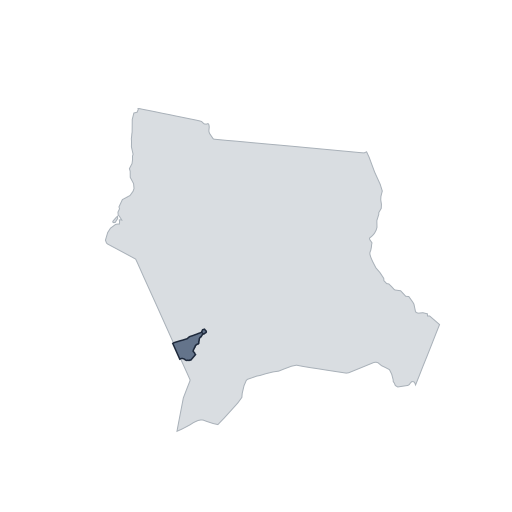 Wajir East, North-Eastern, Kenya shown in context, rotated 156°
{"feature_id": "3690345B87307909258611", "entity_name": "Wajir East", "entity_type": "district", "adm_level": 2, "iso_a3": "KEN", "parent_name": "Kenya", "parent_adm1": "North-Eastern", "projection": "albers", "projection_center": [40.38, 2.006], "detail": "fine", "context": "in_parent", "style": "filled", "palette": "slate", "viewbox_px": 512, "rotation_deg": 156, "n_neighbors": 0, "source": "geoboundaries", "source_scale": "gbopen_adm2", "svg_char_len": 5964}
<svg xmlns="http://www.w3.org/2000/svg" viewBox="0 0 512 512"><g transform="rotate(156 256 256)"><path d="M112.6,306.2L112.5,300.1L113.5,284.5L113.4,270.9L114.2,264.0L117.6,259.7L119.2,256.6L120.4,252.2L122.2,248.6L126.2,245.7L126.9,244.1L131.2,239.2L133.8,233.0L135.7,230.8L138.1,228.9L139.8,227.9L142.6,226.8L144.8,226.3L145.2,225.8L145.4,224.7L144.7,220.8L145.6,219.6L147.1,217.0L148.8,214.6L150.4,213.0L151.2,211.5L151.6,208.7L151.7,206.8L151.7,203.6L151.3,196.4L149.5,190.4L148.4,183.6L149.2,181.4L147.8,177.5L147.1,177.2L146.0,176.4L144.5,172.6L143.4,169.2L142.8,168.4L138.0,165.4L135.6,158.3L132.9,156.8L131.5,149.8L131.3,147.8L132.8,140.9L132.7,139.3L131.1,137.8L126.6,136.3L122.9,133.4L123.4,132.4L123.7,131.4L121.8,130.6L116.2,118.7L123.5,111.6L130.8,104.4L140.1,95.3L148.7,87.0L156.1,79.7L162.7,73.3L162.6,74.5L162.6,76.2L163.4,77.2L164.7,77.9L166.6,77.2L168.3,76.2L169.9,76.0L179.8,78.7L181.4,81.0L181.3,83.6L181.7,85.4L181.0,87.3L180.1,92.8L180.3,97.9L183.3,101.7L185.9,104.7L188.0,108.9L189.6,110.2L191.7,110.8L198.5,111.0L208.6,111.3L218.3,111.6L219.1,111.7L221.2,112.3L230.1,118.0L238.2,123.2L245.1,127.7L251.9,132.0L258.4,136.3L263.4,139.8L268.4,140.9L276.5,141.4L282.1,141.6L287.3,143.1L295.0,144.5L300.8,145.2L304.2,146.0L313.9,146.8L315.5,146.3L319.7,142.4L324.5,136.1L326.4,132.6L332.5,129.1L343.3,124.3L351.0,120.9L359.4,117.5L363.3,120.4L368.6,125.2L371.0,127.6L372.9,128.6L375.8,129.3L379.3,129.3L381.2,129.2L385.1,128.6L394.3,128.0L399.5,128.0L395.1,134.4L389.8,142.0L380.1,155.9L372.7,163.3L367.1,168.8L366.6,169.8L366.6,176.0L366.7,191.2L366.8,221.4L366.9,251.7L367.1,281.9L367.1,297.0L367.2,302.1L372.1,308.5L376.9,314.7L383.3,322.9L386.7,327.3L387.3,328.7L387.1,331.7L381.9,337.8L377.6,340.6L371.8,341.9L370.1,341.7L367.8,340.8L366.9,342.3L366.2,344.6L365.0,344.1L364.0,343.4L364.6,347.5L365.2,349.5L364.3,352.2L361.5,354.6L361.2,356.6L355.1,361.9L346.5,362.5L342.0,365.1L340.0,367.2L338.4,371.9L338.9,379.0L336.5,384.5L336.1,387.3L331.6,390.9L329.6,394.2L328.2,397.5L326.9,398.9L325.4,406.4L323.3,410.9L322.7,412.4L322.2,413.8L320.6,416.5L319.6,418.3L318.8,419.5L313.5,431.1L309.4,436.3L306.2,435.7L304.0,437.7L303.8,438.7L302.7,438.2L300.0,436.2L294.4,432.3L288.9,428.4L283.4,424.4L277.8,420.5L272.3,416.5L266.8,412.6L261.2,408.6L255.7,404.7L252.5,402.3L251.0,401.0L249.9,398.2L249.4,397.6L247.9,396.7L246.2,396.5L245.7,396.0L245.7,394.7L246.3,392.8L248.3,389.2L248.6,387.0L248.2,384.6L247.5,380.7L247.0,379.9L243.3,377.8L235.7,373.5L228.0,369.3L220.3,365.0L212.7,360.7L205.0,356.4L197.3,352.1L189.7,347.9L182.0,343.6L174.3,339.3L166.7,335.0L159.0,330.7L151.4,326.4L143.7,322.1L136.1,317.8L128.4,313.5L120.8,309.2L117.9,307.6L115.3,306.2L112.6,306.2ZM367.8,348.2L366.4,348.6L367.1,346.5L371.1,343.9L372.7,344.5L373.0,345.1L372.9,345.6L372.2,346.2L367.8,348.2Z" fill="#d9dde1" stroke="#a8b0b8" stroke-width="1"/><path d="M332.3,206.9L332.3,207.0L332.2,207.2L332.1,207.3L332.1,207.6L332.1,207.9L332.2,208.2L332.4,208.5L332.6,209.2L332.7,209.8L332.8,210.1L333.0,210.1L333.3,210.1L333.5,210.2L334.2,210.3L334.5,210.3L334.8,210.3L335.1,210.1L335.6,209.6L335.8,209.4L336.1,209.2L336.3,209.1L336.3,208.8L336.4,208.7L336.4,208.4L336.6,208.4L337.0,208.4L337.5,208.4L337.9,208.5L338.7,208.5L339.1,208.6L339.4,208.6L339.7,208.6L340.1,208.7L340.4,208.7L340.9,208.7L341.3,208.7L341.6,208.7L341.9,208.7L342.2,208.7L342.4,208.8L343.0,208.8L343.5,208.8L343.9,208.9L344.6,208.9L345.0,208.9L345.7,209.0L346.0,209.0L346.4,209.0L346.7,209.1L346.8,209.1L347.2,209.1L348.0,209.2L348.4,209.2L348.7,209.3L348.9,209.3L349.1,209.3L349.3,209.3L349.5,209.3L349.8,209.2L349.9,209.3L350.1,209.2L350.3,209.1L350.7,209.0L351.8,208.7L352.7,208.4L352.8,208.4L353.2,208.5L354.5,208.7L354.9,208.7L355.4,208.8L356.7,208.9L359.8,209.4L365.4,210.1L365.6,210.1L365.8,210.1L366.3,210.1L366.8,210.1L367.3,210.0L367.6,210.0L367.6,201.1L367.6,199.1L367.6,192.8L367.6,192.7L367.3,192.7L367.0,192.7L366.9,192.7L366.6,192.8L366.1,192.8L365.9,192.7L365.6,192.6L365.0,192.4L364.3,191.8L364.1,191.7L363.7,191.3L363.1,190.6L363.0,190.3L363.0,190.1L362.9,190.0L362.8,189.7L362.5,189.4L362.4,189.3L362.1,189.1L362.0,188.9L361.9,188.8L361.7,188.7L361.4,188.6L361.2,188.6L360.7,188.6L360.2,188.2L359.9,187.9L359.6,187.8L359.4,187.8L359.1,187.7L359.0,187.8L358.9,187.8L358.6,187.9L358.2,187.6L357.9,187.4L351.4,190.5L351.5,190.7L351.5,190.8L351.5,191.1L351.6,191.3L351.6,191.5L351.6,191.9L351.5,192.1L351.5,192.3L351.6,192.5L351.7,192.8L351.8,193.0L351.8,193.3L351.8,193.5L352.0,193.8L352.1,194.0L352.2,194.3L352.2,194.6L352.0,194.8L351.9,195.0L351.7,195.2L351.6,195.3L351.5,195.5L351.4,195.5L351.2,195.7L351.1,195.8L351.0,196.0L350.9,196.1L350.6,196.2L350.5,196.3L350.4,196.4L350.2,196.5L350.0,196.8L349.9,196.8L349.8,197.0L349.7,197.0L349.4,197.3L349.2,197.5L348.9,197.7L348.7,197.7L348.7,197.8L348.5,198.0L348.4,198.0L348.3,198.3L348.2,198.5L347.9,198.7L347.6,198.7L347.4,198.8L347.2,198.9L347.2,199.0L346.9,199.1L346.7,199.2L346.4,199.1L346.2,199.2L346.0,199.3L345.8,199.3L345.7,199.4L345.4,199.4L345.2,199.3L345.0,199.2L344.9,199.2L344.7,199.1L344.4,199.2L344.3,199.3L344.1,199.4L344.0,199.5L343.9,199.6L343.6,199.7L343.6,199.8L343.4,200.2L343.4,200.3L343.4,200.5L343.3,200.8L343.2,200.8L343.1,201.0L342.9,201.2L342.9,201.3L342.7,201.4L342.7,201.5L342.5,201.8L342.4,201.8L342.3,202.0L342.2,202.1L342.0,202.4L342.0,202.5L341.9,202.6L341.8,202.8L341.7,203.0L341.5,203.3L341.4,203.4L341.4,203.5L341.2,203.6L340.9,203.8L340.8,204.0L340.7,204.1L340.4,204.3L340.2,204.4L339.9,204.4L339.7,204.4L339.7,204.5L339.4,204.7L339.2,204.7L338.9,204.6L338.7,204.7L338.6,204.9L338.5,205.0L338.4,205.0L338.2,205.1L337.9,205.3L337.7,205.5L337.4,205.7L337.3,205.8L337.2,205.8L337.1,206.0L336.9,206.1L336.7,206.4L336.5,206.5L336.4,206.6L336.2,206.8L336.0,206.6L335.9,206.5L335.9,206.4L335.8,206.2L335.7,206.0L335.5,205.9L335.4,206.0L335.2,206.0L334.7,206.1L334.4,206.2L334.2,206.2L332.8,206.4L332.8,206.5L332.7,206.6L332.5,206.8L332.3,206.9Z" fill="#64748b" stroke="#1e293b" stroke-width="1.5"/></g></svg>